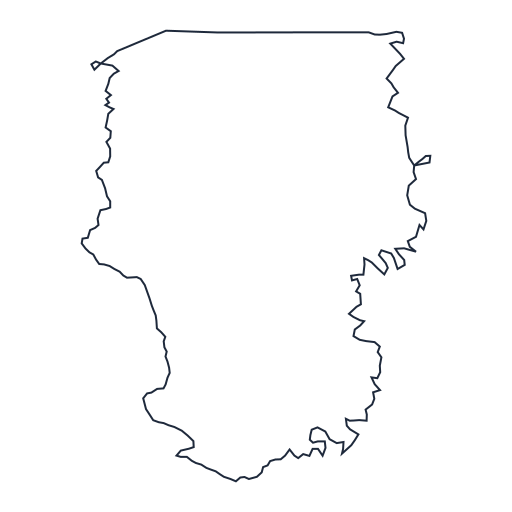 the district of Congonhinhas, Paraná, Brazil
{"feature_id": "56859067B3858872318801", "entity_name": "Congonhinhas", "entity_type": "district", "adm_level": 2, "iso_a3": "BRA", "parent_name": "Brazil", "parent_adm1": "Paraná", "projection": "mercator", "projection_center": [-50.497, -23.623], "detail": "fine", "context": "isolated", "style": "outline", "palette": "slate", "viewbox_px": 512, "rotation_deg": 0, "n_neighbors": 0, "source": "geoboundaries", "source_scale": "gbopen_adm2", "svg_char_len": 3228}
<svg xmlns="http://www.w3.org/2000/svg" viewBox="0 0 512 512"><path d="M414.2,165.5L411.7,161.7L409.2,157.8L408.2,152.3L407.6,147.0L405.6,135.3L405.3,125.6L408.0,117.7L398.9,113.0L395.0,110.5L388.2,107.3L392.5,96.4L398.0,92.8L393.7,87.4L391.4,83.4L386.6,78.5L393.0,69.9L395.7,66.0L404.0,58.8L400.1,53.9L390.3,43.6L396.6,41.7L403.1,43.2L404.0,38.7L402.1,32.8L396.4,31.8L386.6,34.0L379.8,34.7L374.7,34.5L368.6,32.3L329.6,32.3L218.4,32.5L166.0,30.7L117.2,51.1L114.0,54.3L107.9,58.0L100.8,63.5L112.4,65.6L118.6,71.0L113.8,73.7L109.7,78.0L108.3,83.9L105.6,90.9L110.9,95.1L106.3,98.8L109.0,102.6L105.4,105.1L109.5,107.3L113.5,109.0L108.3,113.8L107.1,120.7L105.6,127.5L110.8,131.2L110.3,137.8L106.4,141.9L110.1,148.6L110.2,156.4L108.3,162.3L103.8,162.7L99.9,167.0L96.2,170.9L98.1,177.4L101.9,179.9L105.1,188.3L107.0,196.3L110.2,201.3L110.2,207.5L106.1,209.0L100.4,210.2L97.6,218.7L98.5,225.0L95.1,227.9L90.1,230.1L87.8,237.8L82.5,238.6L81.7,243.4L85.5,248.5L89.4,252.3L93.3,254.5L96.0,259.5L99.2,264.0L104.0,264.4L109.6,266.0L114.4,269.0L119.7,271.7L123.3,275.5L127.0,277.7L132.3,277.4L136.8,277.1L140.7,279.0L144.8,285.1L147.0,291.3L149.5,298.3L151.8,305.7L153.7,310.6L155.7,315.4L156.4,320.7L156.9,328.4L161.2,332.2L165.3,336.8L163.7,341.3L164.4,347.3L166.7,351.6L165.5,356.5L167.5,361.6L169.1,367.7L169.7,372.9L167.5,377.7L165.6,384.5L163.5,388.4L157.1,388.9L151.4,392.6L147.1,393.4L143.2,398.3L146.0,409.1L150.2,415.5L153.2,420.2L158.7,422.2L163.7,423.1L168.5,425.2L174.4,427.0L181.8,430.7L187.6,435.5L193.4,441.1L193.7,447.1L189.0,448.7L180.8,450.6L176.5,455.6L180.8,456.9L186.9,456.9L191.8,460.8L195.9,463.0L201.3,464.6L206.4,467.9L210.6,469.5L215.7,471.3L220.0,474.3L223.9,476.8L230.5,479.0L235.9,481.3L240.3,477.5L244.5,477.0L248.9,479.0L256.9,476.8L261.7,472.4L263.1,467.1L267.6,465.4L270.1,461.1L275.4,459.5L280.7,459.3L285.1,455.6L289.6,449.5L294.4,455.6L298.2,458.1L303.2,454.1L309.4,455.9L312.6,448.9L318.0,448.9L322.6,455.7L325.5,447.9L324.8,441.4L317.8,441.4L313.0,442.7L309.8,439.7L310.4,435.0L311.7,429.7L317.5,427.4L325.3,431.5L329.6,439.2L336.7,443.1L343.5,442.0L343.1,448.9L342.0,453.6L351.3,445.2L354.8,440.2L358.4,434.4L350.0,429.3L346.8,425.7L345.9,418.8L349.7,420.7L354.0,420.5L359.3,420.1L366.6,420.7L366.8,414.5L365.6,409.6L372.1,404.5L374.3,398.8L373.1,392.3L380.0,390.1L374.7,384.2L371.5,377.4L377.3,378.2L380.2,372.2L379.8,365.7L381.4,357.3L377.7,352.1L379.8,346.6L374.6,342.1L366.1,341.1L359.7,339.8L353.5,336.1L354.8,329.5L360.2,325.5L364.1,321.2L359.9,320.2L353.5,317.0L349.0,313.8L356.5,306.8L360.9,304.3L360.2,293.8L356.1,291.4L359.7,285.3L357.2,279.0L352.0,280.4L351.1,275.8L358.8,274.7L363.4,274.7L364.5,264.5L364.1,258.2L368.2,260.2L371.8,262.5L377.7,268.4L384.3,274.4L387.8,267.9L385.7,263.1L381.7,258.3L378.9,255.0L381.4,250.3L391.2,253.5L393.9,258.0L397.6,269.0L404.7,264.9L404.2,260.0L398.9,254.2L395.3,248.8L404.1,248.3L416.0,251.7L409.8,246.8L407.8,241.1L416.0,236.8L419.5,225.0L423.5,229.4L426.3,220.9L425.1,213.2L414.9,208.7L409.9,204.7L407.2,195.3L408.8,185.6L416.0,179.1L413.6,172.1L414.2,165.5ZM414.2,165.5L429.5,162.5L430.3,155.8L425.8,156.0L422.3,159.1L418.7,161.8L414.2,165.5ZM100.8,63.5L95.8,61.5L91.4,64.3L94.4,69.7L100.8,63.5Z" fill="none" stroke="#1e293b" stroke-width="2"/></svg>